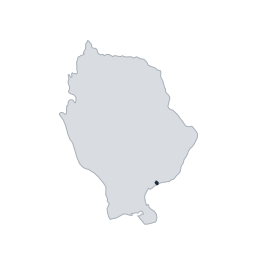 Suceveni, Galati, Romania (highlighted), rotated 63°
{"feature_id": "2599482B11072289553069", "entity_name": "Suceveni", "entity_type": "district", "adm_level": 2, "iso_a3": "ROU", "parent_name": "Romania", "parent_adm1": "Galati", "projection": "natural_earth1", "projection_center": [28.039, 45.986], "detail": "fine", "context": "in_parent", "style": "filled", "palette": "slate", "viewbox_px": 256, "rotation_deg": 63, "n_neighbors": 0, "source": "geoboundaries", "source_scale": "gbopen_adm2", "svg_char_len": 3849}
<svg xmlns="http://www.w3.org/2000/svg" viewBox="0 0 256 256"><g transform="rotate(63 128 128)"><path d="M193.7,141.1L195.9,143.8L198.6,145.2L204.9,146.7L205.5,146.5L205.6,146.3L205.1,145.9L205.1,145.4L205.4,144.8L206.2,144.7L207.7,145.3L210.4,144.5L214.4,142.3L218.0,141.9L221.4,143.2L223.1,144.6L224.2,146.0L223.9,147.8L223.7,148.8L222.8,153.3L222.2,155.0L221.3,156.8L210.9,159.1L211.5,158.0L211.3,156.1L210.8,154.7L211.8,153.4L209.4,153.0L208.4,153.7L207.6,154.9L208.4,157.7L207.2,159.3L206.8,160.1L206.7,162.2L206.1,163.1L205.9,164.0L207.6,163.8L206.9,165.6L203.7,169.0L202.6,171.0L202.9,179.1L201.5,184.0L201.4,185.4L198.1,185.5L197.1,185.3L194.0,184.6L190.4,183.3L188.4,180.8L187.0,179.0L184.0,179.8L183.5,179.6L182.6,178.8L180.4,178.2L177.6,178.2L171.4,174.9L170.7,174.4L165.8,174.9L158.4,176.5L152.8,178.5L146.9,182.1L144.5,184.8L141.8,186.2L137.9,187.3L131.0,186.9L123.8,185.5L116.0,184.1L111.8,184.9L106.1,184.3L97.6,182.5L91.3,182.0L85.0,183.0L83.9,182.2L83.7,181.3L84.0,180.1L84.9,179.0L86.4,178.3L87.2,177.5L87.3,176.7L85.6,175.4L82.2,173.6L80.8,172.5L80.4,172.3L80.4,171.3L79.6,170.5L78.3,169.9L77.3,168.9L76.6,167.4L76.8,166.0L77.8,164.7L79.2,164.1L80.9,164.3L81.6,163.9L81.3,163.0L79.7,161.8L76.8,160.4L73.8,161.2L70.6,164.2L68.4,164.6L67.1,162.6L64.7,161.4L61.3,161.0L59.2,160.3L58.4,159.1L56.9,158.2L53.6,157.3L53.6,156.4L54.1,156.1L55.3,156.1L56.9,155.9L57.2,155.3L57.2,154.9L56.0,154.3L54.7,153.9L54.1,153.5L53.6,153.0L53.6,152.5L54.0,152.2L54.5,152.2L55.0,151.9L55.3,150.8L56.0,149.9L56.5,149.6L56.5,148.9L56.0,148.3L55.3,147.8L54.3,147.5L51.2,146.5L49.6,145.2L48.6,145.2L47.1,144.5L45.4,143.3L44.0,141.7L42.5,140.7L42.1,140.2L42.1,139.8L42.4,139.4L42.4,138.9L42.0,137.3L42.4,135.6L42.3,134.1L42.3,133.4L42.0,133.2L41.8,133.4L41.4,133.7L41.0,133.8L39.9,132.6L38.5,130.3L37.5,129.5L35.6,128.4L34.0,127.6L32.9,125.6L31.8,124.1L32.6,123.5L37.2,122.6L39.4,123.5L40.3,123.2L41.3,122.5L41.8,121.9L41.9,121.3L42.4,120.6L44.0,120.2L48.1,120.7L49.8,119.6L50.4,119.1L50.8,117.8L51.3,116.8L52.8,116.3L52.8,115.4L52.6,114.4L53.5,112.2L54.1,111.2L54.9,110.9L55.9,110.2L57.7,108.8L57.3,107.5L57.7,106.6L59.6,104.3L61.0,102.1L61.0,101.0L61.3,100.0L62.5,99.0L63.8,97.6L65.7,93.3L66.3,92.6L67.4,91.8L68.3,91.0L68.4,88.2L69.2,87.4L70.7,86.5L72.2,85.0L73.5,83.3L74.4,82.5L75.7,82.2L77.0,81.6L78.5,81.3L79.9,81.6L80.9,81.5L82.3,80.6L85.8,77.5L86.4,76.8L87.1,76.4L90.0,75.3L90.7,74.2L91.7,73.2L93.0,73.3L97.1,75.7L101.5,75.6L102.3,75.7L102.6,75.7L103.1,75.9L109.0,77.1L109.9,77.0L110.2,76.9L112.5,77.9L114.6,77.8L116.6,77.1L118.7,76.8L120.6,77.2L122.0,78.6L125.7,81.6L126.8,82.7L128.6,82.6L130.5,82.0L132.4,80.0L138.4,77.8L142.9,77.2L147.4,76.3L152.5,75.7L154.0,73.8L154.8,72.6L155.4,70.3L158.1,69.6L160.8,69.1L161.7,68.8L163.6,68.7L165.1,68.9L167.3,70.1L168.9,71.5L169.6,72.7L170.9,74.3L172.4,76.5L173.9,79.5L174.3,81.1L174.9,82.7L176.1,84.7L178.3,86.9L178.6,87.4L179.7,88.9L181.6,92.4L183.3,93.8L184.7,95.3L185.4,96.8L186.5,98.2L188.9,100.0L190.9,101.7L192.5,106.5L193.6,108.7L194.3,110.4L193.9,113.8L194.4,115.3L193.5,118.0L191.8,123.3L191.4,127.6L191.7,129.9L191.8,131.4L192.2,132.4L192.6,134.3L192.7,136.0L192.1,136.5L191.2,136.9L190.9,137.3L191.7,138.0L192.7,139.5L193.7,141.1Z" fill="#d9dde1" stroke="#a8b0b8" stroke-width="1"/><path d="M189.2,126.6L189.2,126.8L189.2,127.0L188.9,127.1L188.9,127.3L188.7,127.3L188.8,127.4L188.8,127.5L188.8,127.8L188.8,128.0L189.0,128.1L189.0,128.3L189.3,128.4L189.5,128.4L189.8,128.4L190.0,128.3L190.3,128.3L190.6,128.2L190.8,128.1L191.0,128.1L191.3,128.0L191.4,127.9L191.5,127.9L191.6,127.7L191.4,127.5L191.4,127.4L191.5,127.4L191.5,127.2L191.4,127.2L191.4,126.9L191.2,126.9L190.9,127.0L190.7,126.9L190.7,126.7L190.5,126.3L190.5,126.2L190.4,126.2L190.2,126.2L190.0,126.3L189.9,126.3L189.7,126.3L189.4,126.4L189.4,126.5L189.2,126.6L189.2,126.6Z" fill="#64748b" stroke="#1e293b" stroke-width="1.5"/></g></svg>